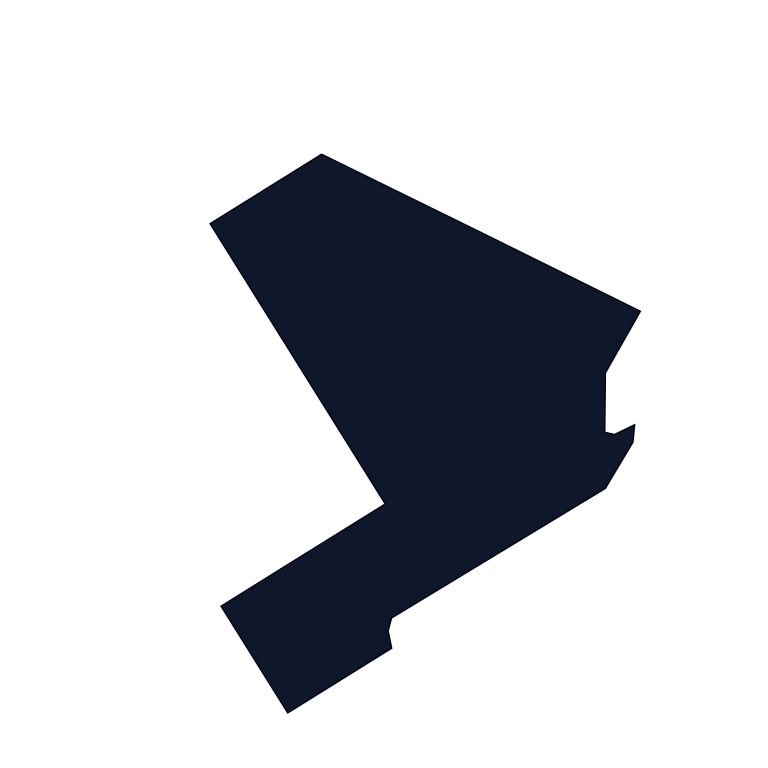 SVG path tracing the border of Pituffik, rotated 148°
{"feature_id": "GRL-2738", "entity_name": "Pituffik", "entity_type": "state/province", "adm_level": 1, "iso_a3": "GRL", "parent_name": "Greenland", "parent_adm1": "", "projection": "mercator", "projection_center": [-68.373, 76.451], "detail": "fine", "context": "isolated", "style": "filled", "palette": "ink", "viewbox_px": 768, "rotation_deg": 148, "n_neighbors": 0, "source": "natural_earth", "source_scale": "10m", "svg_char_len": 447}
<svg xmlns="http://www.w3.org/2000/svg" viewBox="0 0 768 768"><g transform="rotate(148 384 384)"><path d="M128.1,309.8L190.4,276.1L222.4,226.1L215.3,219.0L193.1,216.6L203.7,202.8L251.6,178.2L376.6,179.9L501.6,181.6L511.3,172.5L517.5,155.9L578.1,156.0L639.9,156.1L639.9,219.1L639.9,281.9L543.2,281.8L446.5,281.6L446.5,447.5L446.5,612.1L380.9,612.0L315.2,611.9L221.3,460.8L128.1,309.8Z" fill="#0f172a" stroke="#020617" stroke-width="1.5"/></g></svg>